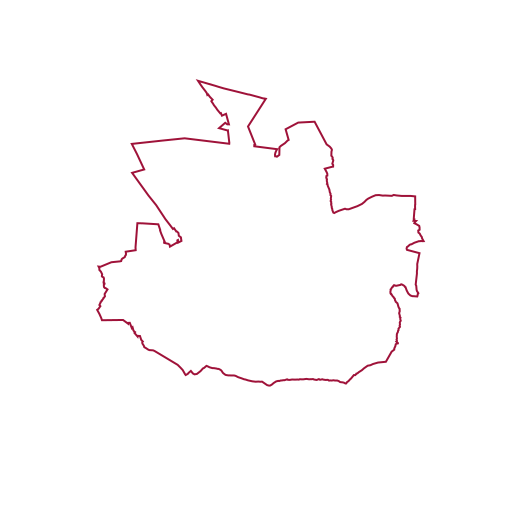 Soltepec, Puebla, Mexico, rotated 312°
{"feature_id": "50627088B13835077338530", "entity_name": "Soltepec", "entity_type": "district", "adm_level": 2, "iso_a3": "MEX", "parent_name": "Mexico", "parent_adm1": "Puebla", "projection": "robinson", "projection_center": [-97.741, 19.123], "detail": "fine", "context": "isolated", "style": "outline", "palette": "rose", "viewbox_px": 512, "rotation_deg": 312, "n_neighbors": 0, "source": "geoboundaries", "source_scale": "gbopen_adm2", "svg_char_len": 6150}
<svg xmlns="http://www.w3.org/2000/svg" viewBox="0 0 512 512"><g transform="rotate(312 256 256)"><path d="M256.2,88.7L252.1,99.4L245.5,115.0L234.9,108.3L229.0,135.6L227.0,147.8L222.8,163.9L221.2,172.7L220.5,176.2L221.8,176.5L220.9,180.3L221.2,180.5L221.3,181.7L221.2,183.0L219.4,185.1L219.6,187.7L219.3,187.8L218.8,188.7L217.3,190.5L213.9,189.2L215.6,187.3L215.0,187.1L213.7,188.5L205.4,185.8L207.0,183.5L206.9,183.6L204.3,179.0L204.8,178.4L205.5,178.6L209.0,171.0L210.8,167.6L211.2,167.5L214.2,162.2L204.5,150.0L201.0,145.9L181.9,160.6L179.8,162.7L172.0,156.3L170.5,158.1L169.3,158.7L168.8,158.6L167.4,159.2L164.6,158.4L163.6,158.4L162.0,159.2L161.0,158.5L154.6,152.7L143.9,147.6L142.8,146.1L142.2,147.6L140.8,149.0L140.6,151.2L139.5,153.9L137.9,154.9L137.7,155.6L138.1,157.1L137.4,158.2L135.2,160.0L134.6,160.1L134.0,160.9L134.2,161.0L134.4,161.4L134.0,162.1L132.6,162.3L131.3,163.7L131.1,164.3L131.2,164.7L131.1,165.1L131.5,165.8L131.8,168.0L126.6,168.9L125.9,169.5L125.0,170.7L123.2,170.9L122.8,170.7L122.3,171.0L120.5,171.2L119.7,171.1L119.6,171.4L118.0,171.5L117.5,171.4L117.2,171.7L114.8,172.4L114.6,173.9L111.4,174.3L109.7,174.0L108.2,178.3L106.4,182.4L105.2,184.5L119.5,200.0L120.1,206.2L120.7,205.7L121.9,206.9L119.3,212.0L120.4,212.0L118.6,214.8L118.4,216.2L118.5,217.1L117.5,217.2L116.9,221.9L117.5,221.5L118.9,223.3L116.9,226.8L116.7,229.1L116.0,229.1L115.3,229.6L114.8,230.6L114.3,232.6L113.5,234.0L113.9,235.8L114.3,238.5L114.7,239.7L117.0,242.6L117.5,244.0L122.7,270.6L122.5,274.7L122.2,277.9L120.7,282.3L120.5,283.4L122.8,284.2L123.9,284.1L127.0,284.5L126.5,287.7L126.9,289.5L128.8,291.0L133.3,291.8L137.0,291.8L138.1,292.3L141.2,292.7L141.6,293.7L142.2,295.9L143.2,298.0L143.7,298.9L144.6,299.9L145.9,301.9L146.3,302.8L146.9,303.5L147.3,304.4L147.6,305.7L147.7,306.4L147.6,307.4L147.1,309.2L147.0,310.0L147.2,312.6L147.4,313.2L148.8,315.4L152.5,319.6L153.0,320.5L153.3,321.1L154.0,323.8L155.4,327.0L156.4,329.6L157.2,330.9L158.2,333.2L160.4,337.1L161.6,338.8L162.2,339.7L164.4,341.9L165.4,343.3L166.7,344.6L167.5,350.7L168.4,352.4L169.2,353.2L171.0,353.8L173.4,354.1L176.3,354.9L178.1,356.1L178.5,356.8L180.2,357.8L180.8,358.5L181.9,359.3L182.8,360.3L185.1,361.6L185.3,361.9L185.2,362.2L185.3,362.5L186.4,363.9L188.4,365.5L190.2,367.7L192.1,369.6L192.8,370.6L193.6,370.9L195.8,373.5L198.4,375.7L199.8,377.8L201.7,379.8L202.7,380.7L203.0,381.7L204.3,383.8L204.6,384.1L206.6,385.1L206.7,386.0L207.0,386.5L208.8,387.8L209.1,388.6L210.4,390.6L212.0,392.2L212.2,392.8L212.2,393.4L212.3,393.7L213.1,394.3L214.2,395.7L215.4,396.6L216.3,398.0L217.8,399.7L218.4,401.1L218.6,402.8L219.0,403.5L220.0,404.8L220.7,406.1L221.0,407.4L221.4,408.2L221.9,408.3L222.9,408.0L224.7,408.4L225.2,408.4L225.8,408.5L226.8,408.4L228.5,408.6L233.0,408.4L233.8,409.4L235.3,409.5L235.7,409.3L236.7,409.9L238.4,410.1L242.0,411.1L244.8,411.4L249.2,412.4L251.4,414.1L254.0,415.2L258.5,418.0L264.3,423.3L275.7,420.8L278.9,421.4L279.9,420.6L282.2,419.9L283.9,418.9L284.9,419.1L286.0,419.9L286.3,419.6L286.2,418.2L286.3,417.6L286.8,417.8L287.3,417.5L288.0,416.3L288.8,416.1L290.4,414.4L291.1,413.9L292.0,413.1L292.8,412.7L294.4,412.3L295.5,411.6L296.4,411.5L296.9,410.9L297.4,410.5L299.7,410.4L300.2,409.5L300.7,409.1L301.2,409.0L301.5,408.8L302.7,407.4L303.7,407.0L304.7,406.9L305.5,405.6L306.2,404.9L306.9,404.6L306.9,403.6L307.7,403.1L309.3,400.6L311.2,399.7L312.2,398.6L312.8,398.2L313.1,396.9L313.6,395.8L315.5,392.8L315.5,390.4L315.8,390.0L316.2,388.8L317.2,387.6L317.1,386.9L317.5,385.9L317.5,384.8L317.7,383.9L318.3,382.0L318.0,381.8L318.2,381.0L319.3,379.8L320.4,379.2L321.2,378.4L322.1,378.5L323.4,378.1L324.6,378.2L325.1,378.4L325.5,378.3L325.8,378.0L326.7,378.1L327.0,378.7L327.4,379.8L328.0,380.4L328.6,380.8L331.2,382.7L332.1,382.8L332.6,383.9L333.0,386.0L333.0,386.6L332.7,387.4L332.9,387.9L331.2,391.1L330.1,394.1L330.0,394.9L330.0,397.2L330.8,399.1L331.5,399.9L333.8,402.9L334.4,402.7L336.1,401.6L336.8,401.7L337.1,401.3L337.6,399.2L338.3,398.0L341.1,395.0L341.6,393.8L350.7,387.3L352.3,385.8L354.3,384.4L356.0,383.0L357.9,381.2L367.5,375.6L361.6,364.1L362.2,363.0L363.6,362.2L364.8,362.5L367.0,362.7L367.9,363.0L368.7,363.7L371.8,364.8L376.1,367.2L376.7,368.0L377.4,368.4L378.5,369.9L379.2,370.6L380.2,367.7L381.1,366.4L381.4,364.7L382.2,362.7L382.1,361.0L383.5,359.5L385.0,360.0L386.7,358.4L387.6,357.1L386.8,353.3L386.3,351.7L387.3,351.4L389.1,351.5L387.6,349.5L389.2,349.1L389.0,348.5L396.8,342.5L397.3,342.9L399.3,341.0L400.6,339.9L400.8,339.9L406.8,334.4L404.1,330.7L398.3,324.3L395.1,320.0L393.5,317.5L391.6,316.7L387.3,311.4L385.7,309.8L383.6,306.6L381.2,304.2L377.6,302.5L373.8,301.0L371.6,300.5L368.7,300.4L365.6,299.9L360.9,298.0L352.7,293.6L351.3,292.0L350.7,290.5L345.0,287.3L341.8,285.9L340.3,285.4L340.0,284.4L341.2,282.0L342.0,281.2L342.3,280.4L342.6,279.9L343.1,279.6L344.5,277.4L345.2,277.2L345.5,276.5L346.5,275.8L346.7,274.8L346.9,274.6L348.1,274.1L348.6,273.3L350.9,271.7L351.1,270.5L352.2,269.7L352.7,268.3L354.5,266.0L356.2,262.3L356.9,261.5L357.1,261.2L357.0,260.5L357.9,260.2L359.2,258.3L360.3,257.6L360.6,256.7L361.0,256.6L361.4,255.6L362.6,254.8L363.5,255.2L364.8,254.0L365.5,252.6L366.9,248.7L373.3,252.9L374.0,253.5L375.2,252.5L375.4,252.2L375.6,251.0L378.7,249.5L379.0,249.1L379.2,248.0L379.6,247.6L380.1,247.5L380.5,247.0L380.9,245.5L380.9,244.9L384.1,242.2L385.2,241.7L385.9,241.1L386.3,239.9L386.6,237.6L386.2,233.8L395.0,209.7L383.4,198.1L370.0,193.2L364.1,202.6L362.8,202.2L359.2,202.0L354.4,200.8L352.5,200.7L346.7,205.7L343.8,205.1L343.7,204.5L342.9,203.5L344.0,202.3L345.5,201.4L347.4,200.7L349.5,200.2L336.4,181.3L337.4,180.4L338.3,180.8L346.9,163.4L379.4,158.1L378.5,156.6L378.3,156.6L377.3,154.7L376.4,152.7L371.6,143.2L370.7,141.9L366.7,134.3L359.0,119.9L356.7,115.1L355.2,111.8L347.4,95.7L346.1,100.7L345.8,102.2L345.6,102.9L344.7,107.9L344.2,110.2L343.1,112.1L344.0,112.3L343.4,115.2L343.1,119.2L341.2,119.2L340.8,120.5L340.6,121.7L339.9,123.9L339.4,127.0L338.8,129.3L338.1,134.0L338.7,134.3L337.5,136.8L341.6,138.6L335.7,147.8L334.6,146.5L334.4,144.0L326.3,143.0L330.3,151.0L330.5,151.1L322.2,160.5L321.5,161.0L295.7,124.2L278.8,108.9L256.2,88.7Z" fill="none" stroke="#9f1239" stroke-width="2"/></g></svg>